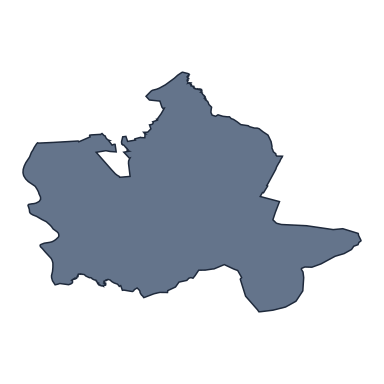 outline of Kauguru pag., Beverinas, Latvia
{"feature_id": "27541924B64274415007914", "entity_name": "Kauguru pag.", "entity_type": "district", "adm_level": 2, "iso_a3": "LVA", "parent_name": "Latvia", "parent_adm1": "Beverinas", "projection": "natural_earth1", "projection_center": [25.472, 57.49], "detail": "fine", "context": "isolated", "style": "filled", "palette": "slate", "viewbox_px": 384, "rotation_deg": 0, "n_neighbors": 0, "source": "geoboundaries", "source_scale": "gbopen_adm2", "svg_char_len": 5788}
<svg xmlns="http://www.w3.org/2000/svg" viewBox="0 0 384 384"><path d="M188.9,74.0L187.8,73.5L183.8,72.5L182.7,72.2L181.9,72.4L177.7,75.2L174.4,78.2L165.4,84.8L159.4,88.1L156.7,89.2L152.4,90.3L151.0,91.2L146.0,96.3L149.4,100.0L159.9,101.1L161.9,107.1L163.0,108.5L164.2,108.1L164.4,108.1L161.1,113.8L157.7,118.5L157.8,118.9L156.6,119.2L157.3,120.2L152.7,121.8L153.3,122.6L152.7,123.9L151.8,124.4L149.5,124.9L150.9,128.9L147.8,132.0L147.7,132.2L143.8,132.3L145.5,133.8L144.6,133.7L144.9,134.2L145.0,134.9L144.8,137.7L140.9,137.6L140.7,137.3L134.8,138.9L134.7,139.2L135.3,140.1L127.6,141.4L125.9,136.4L122.7,136.8L121.5,142.0L121.8,144.1L122.3,144.2L122.6,144.9L123.6,145.0L126.4,147.9L126.2,147.9L127.8,149.6L127.1,149.9L127.1,150.3L129.3,151.2L123.8,152.2L129.4,158.2L130.0,158.0L129.4,159.1L128.6,161.0L128.5,163.4L130.1,176.4L119.6,177.3L119.5,176.6L117.1,175.2L115.3,173.8L111.6,169.8L96.2,152.3L105.9,150.7L110.1,151.5L116.2,151.9L115.1,144.4L114.1,144.3L112.1,145.1L108.7,140.7L109.6,140.5L108.1,139.9L107.1,139.2L106.1,138.1L105.1,135.9L104.0,135.5L102.0,133.5L100.2,134.6L99.9,134.4L91.4,134.9L90.5,135.1L90.0,135.0L89.6,135.4L90.1,136.9L78.8,141.8L78.2,141.0L53.8,142.4L38.6,143.1L37.6,142.8L36.6,143.8L34.2,147.5L32.9,150.1L31.4,152.4L29.6,157.0L25.8,162.7L24.2,166.1L23.2,169.4L23.0,172.7L23.5,175.1L23.9,176.1L25.7,179.0L28.3,181.6L34.8,186.0L35.4,186.6L37.1,189.3L38.5,192.0L39.0,193.8L40.5,197.0L40.6,199.3L39.2,201.4L37.4,202.4L36.0,203.1L34.0,203.6L31.3,203.9L28.7,204.4L28.2,204.9L28.0,205.3L28.1,205.8L29.3,209.3L29.6,212.0L29.9,212.6L30.5,213.5L32.8,214.9L36.4,216.3L41.9,219.5L46.3,221.7L49.8,224.8L51.5,226.6L53.1,228.9L57.3,232.0L58.2,233.0L58.6,233.9L58.8,235.1L58.8,236.1L58.4,237.1L55.7,239.6L53.6,241.0L51.9,241.8L49.9,242.3L44.2,243.2L41.1,244.4L40.3,244.9L40.1,245.3L40.3,246.3L40.6,246.9L42.2,248.4L45.0,251.7L51.2,258.5L52.1,260.3L52.6,261.9L52.9,263.1L52.9,267.2L52.5,271.6L51.5,275.7L51.6,277.7L52.5,280.8L55.1,284.8L57.8,284.2L59.8,283.5L68.6,284.7L70.9,283.9L72.4,282.8L72.6,281.9L72.3,280.7L71.6,280.3L72.3,279.8L72.8,279.8L73.1,279.5L74.6,279.1L74.2,278.8L74.8,278.7L74.8,278.2L75.3,278.1L75.5,278.6L76.6,278.3L77.0,277.3L77.3,277.0L77.2,276.9L77.2,276.6L78.0,276.6L78.0,276.4L77.9,276.2L78.1,275.8L77.7,275.3L78.3,274.7L78.3,274.2L78.6,274.1L78.7,274.3L78.9,274.3L80.2,273.9L80.3,274.2L80.9,274.3L81.0,274.0L82.0,274.1L82.3,274.3L84.1,274.5L84.6,274.8L85.6,275.9L88.9,277.5L89.5,277.7L90.8,277.7L91.5,278.0L92.3,278.9L92.9,279.2L94.3,279.9L95.9,280.2L96.2,280.9L96.6,281.1L96.5,281.6L97.9,282.8L97.6,282.9L97.6,283.1L97.9,283.1L97.9,283.6L98.4,283.5L98.2,283.9L98.7,284.2L98.7,284.7L98.9,284.9L99.2,284.7L99.6,285.1L100.0,285.0L100.2,285.5L100.8,285.6L101.3,285.9L102.4,285.7L102.7,286.0L103.4,286.3L103.3,286.0L103.7,285.9L103.9,285.4L104.7,285.2L105.2,285.3L105.6,285.1L105.8,284.0L105.3,284.0L105.1,283.7L104.8,283.6L105.0,283.3L104.3,283.4L104.0,283.2L104.6,283.0L104.7,282.7L104.6,282.3L104.1,282.3L103.9,281.3L104.9,281.0L105.4,280.4L105.6,280.5L106.0,280.1L106.3,280.5L106.6,280.4L106.8,280.3L106.7,280.1L107.0,279.9L106.9,279.8L108.0,279.4L110.3,280.1L111.5,281.4L114.0,282.9L117.6,284.2L119.3,286.4L120.7,285.6L122.4,290.3L123.9,290.1L131.5,291.4L132.6,291.5L133.6,290.8L134.4,289.6L137.1,288.0L138.7,289.5L139.7,290.7L139.9,291.2L140.1,292.7L141.4,294.9L142.8,296.2L143.7,297.6L144.2,297.5L153.9,293.8L158.0,292.8L160.0,292.4L167.5,292.5L167.8,290.6L175.5,287.0L179.0,282.1L186.8,280.4L188.9,278.2L190.9,277.6L193.0,278.2L195.1,275.6L198.7,270.2L205.3,270.1L212.6,269.0L214.0,268.9L224.3,264.6L233.9,269.1L237.7,270.5L241.6,277.4L241.6,277.7L240.4,278.9L240.3,279.3L245.6,296.2L257.6,309.9L258.9,311.8L260.7,311.7L272.9,310.2L285.6,307.0L296.0,301.2L302.8,290.9L303.7,277.6L303.0,272.0L301.4,269.4L301.4,268.7L301.6,268.4L304.8,267.0L311.9,267.2L321.0,263.9L335.0,256.3L344.1,253.6L351.5,249.5L353.8,246.2L358.0,244.7L358.9,242.4L360.6,241.2L361.0,240.8L360.9,240.2L358.5,235.3L358.3,233.7L358.1,233.4L342.8,228.7L333.2,229.6L306.4,225.7L281.4,224.5L276.7,223.3L276.2,223.0L272.9,219.8L275.4,212.2L279.5,201.6L260.2,196.5L262.5,192.5L263.5,192.8L267.7,186.0L267.7,185.9L266.8,185.5L268.0,183.6L275.8,169.3L276.5,167.1L278.9,162.8L279.7,161.7L280.6,159.5L282.2,157.0L282.5,156.2L276.8,156.1L276.0,155.1L275.8,153.8L273.3,151.7L272.8,150.0L271.9,148.1L272.0,146.3L271.1,141.6L268.0,135.1L262.9,131.7L259.1,128.7L257.2,128.1L254.6,128.1L249.6,126.7L248.2,125.7L240.8,124.6L237.0,121.7L233.5,119.4L231.2,118.6L229.5,116.8L227.3,116.8L222.9,116.3L218.0,114.8L215.6,116.3L212.1,115.1L210.9,112.3L211.2,109.4L211.6,107.2L208.9,104.5L208.1,102.3L207.6,101.4L205.2,99.6L205.2,99.3L205.9,99.0L205.3,98.3L204.9,98.4L204.5,98.2L204.8,98.0L204.7,97.6L205.2,97.2L204.7,96.7L204.9,96.4L204.0,95.8L204.1,95.5L202.7,94.4L202.6,94.0L201.5,92.5L200.9,92.3L201.3,92.1L201.1,91.9L201.2,91.7L201.6,91.7L201.2,91.3L201.5,90.7L201.8,90.6L201.7,90.4L201.2,90.3L201.4,89.7L201.0,89.7L201.2,89.4L200.8,89.2L200.5,89.4L200.2,89.1L199.7,89.2L199.2,88.9L199.0,89.0L198.9,89.4L198.0,88.9L197.9,89.2L198.1,89.4L197.2,89.2L196.9,88.9L196.7,89.1L195.6,88.9L195.5,88.7L195.1,88.8L194.8,88.3L194.0,88.2L193.6,87.6L193.6,87.4L193.9,87.4L194.0,87.3L193.9,87.1L193.5,87.1L193.4,86.9L194.0,86.9L193.9,86.5L193.2,86.7L192.8,86.5L193.0,86.2L192.0,86.0L191.6,85.7L191.1,85.9L191.0,85.5L191.2,85.3L191.4,85.1L191.4,84.9L191.0,85.0L190.7,84.8L190.6,84.3L190.8,84.1L190.0,83.9L190.0,83.5L190.7,82.9L189.4,82.8L188.7,83.2L188.0,83.3L188.2,83.1L187.9,82.8L188.0,82.5L187.4,81.5L187.5,80.9L187.8,80.6L187.2,80.4L187.1,80.2L187.3,79.9L187.8,79.7L187.6,79.2L188.0,78.9L188.6,78.7L188.4,78.5L188.4,78.1L188.1,78.0L187.1,77.0L187.8,76.6L187.4,76.5L187.6,76.0L188.4,75.9L188.4,75.6L189.0,75.2L189.2,74.9L188.8,74.8L188.7,74.5L188.9,74.0Z" fill="#64748b" stroke="#1e293b" stroke-width="1.5"/></svg>